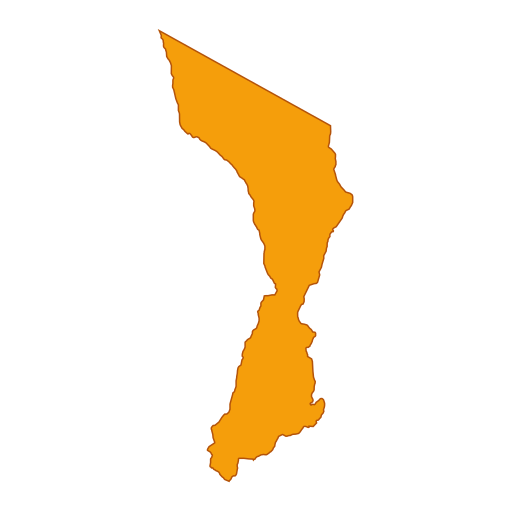 outline of Oreamuno, Cartago, Costa Rica
{"feature_id": "36466004B47119988095233", "entity_name": "Oreamuno", "entity_type": "district", "adm_level": 2, "iso_a3": "CRI", "parent_name": "Costa Rica", "parent_adm1": "Cartago", "projection": "robinson", "projection_center": [-83.868, 9.997], "detail": "fine", "context": "isolated", "style": "filled", "palette": "amber", "viewbox_px": 512, "rotation_deg": 0, "n_neighbors": 0, "source": "geoboundaries", "source_scale": "gbopen_adm2", "svg_char_len": 6101}
<svg xmlns="http://www.w3.org/2000/svg" viewBox="0 0 512 512"><path d="M330.5,125.7L159.3,30.7L161.3,35.4L161.1,37.8L162.6,39.2L163.2,40.4L163.3,42.2L163.6,43.0L163.5,46.1L163.8,47.1L164.2,47.7L165.5,49.0L165.9,50.7L166.4,52.1L166.7,56.5L168.0,58.8L169.6,60.7L169.6,61.1L170.4,62.5L171.4,65.6L171.3,73.6L172.3,75.6L173.4,76.9L173.6,77.4L173.6,78.3L173.0,79.7L172.9,80.7L172.9,83.5L172.6,85.3L172.6,87.2L173.8,89.8L175.8,98.6L177.4,102.9L178.4,104.8L178.4,110.5L179.3,112.9L179.5,114.1L179.6,121.9L180.1,124.5L180.5,125.5L182.1,128.4L183.7,129.7L184.9,131.3L187.4,133.6L188.0,134.0L188.8,133.4L189.6,133.4L190.1,133.7L191.8,135.8L192.1,136.5L192.6,137.1L193.4,137.5L194.1,137.5L196.1,136.8L197.0,136.8L198.5,137.5L199.1,137.9L199.8,139.3L200.9,140.3L202.1,141.0L204.1,141.7L204.3,142.0L204.7,142.0L206.3,143.1L209.5,146.5L210.7,148.2L211.6,148.8L215.4,150.6L217.4,152.0L220.2,155.1L222.0,156.5L224.1,159.3L224.9,159.8L226.5,160.0L227.4,160.6L229.5,162.3L230.4,163.5L231.9,164.7L232.5,165.6L234.3,167.8L235.4,168.9L236.8,170.9L237.0,171.8L239.6,176.6L242.7,178.6L243.3,179.2L244.4,179.7L244.7,180.8L245.0,181.0L246.3,183.5L246.9,184.2L247.2,185.1L247.4,185.3L247.7,186.0L248.1,188.5L248.2,190.8L248.5,192.1L248.7,192.6L248.7,193.3L249.2,194.1L249.9,194.8L251.2,197.1L253.4,199.8L254.0,201.3L253.7,202.8L253.7,205.8L254.7,208.8L254.9,210.6L254.8,211.2L253.6,213.3L253.3,214.5L253.3,220.4L253.6,221.8L254.8,224.4L255.0,224.5L255.9,226.1L256.2,226.3L257.5,229.0L257.8,229.4L259.1,230.3L259.8,233.6L259.8,234.6L260.7,238.3L261.2,239.7L263.5,242.9L264.3,244.5L264.9,246.2L264.9,249.5L264.6,250.0L264.6,250.7L264.3,251.2L264.3,252.2L264.0,253.4L263.8,263.5L264.9,265.9L265.1,267.1L267.4,273.0L268.2,274.6L269.8,276.3L270.7,278.0L272.5,279.3L272.8,280.1L273.3,280.7L273.3,281.1L273.7,281.7L274.2,283.0L274.8,283.6L275.5,283.8L275.6,284.6L275.3,287.3L276.0,288.5L276.8,289.1L277.1,290.8L274.8,294.9L271.9,294.9L268.0,295.7L265.7,295.7L264.3,295.9L263.5,299.8L261.2,302.4L260.9,303.4L260.9,306.0L260.0,307.4L259.0,310.4L257.9,311.1L257.7,311.7L258.0,313.0L258.4,313.8L258.2,314.5L259.1,318.1L259.1,320.8L258.3,323.5L257.2,325.9L256.7,327.8L256.0,328.6L253.7,329.9L252.9,330.7L252.4,331.8L252.4,333.4L252.2,334.0L251.3,335.8L250.5,337.8L247.4,339.7L246.6,340.8L245.3,341.9L245.1,342.4L245.1,347.2L244.2,349.4L243.0,351.4L242.3,354.1L242.2,356.1L243.2,357.3L243.2,357.8L242.7,359.0L242.0,359.8L241.0,365.0L238.8,366.6L238.0,368.0L237.5,370.6L237.3,373.4L236.7,376.8L236.7,377.7L236.1,380.8L236.1,386.3L235.6,387.9L234.9,389.7L234.6,391.3L234.2,391.9L233.0,392.8L232.8,393.5L232.6,394.6L230.2,403.3L230.0,404.3L230.0,409.3L229.6,410.2L229.1,411.8L227.7,413.3L226.8,414.0L225.6,414.2L225.0,414.0L223.7,415.1L221.8,417.5L219.0,422.0L215.0,425.3L213.1,425.5L211.8,427.0L211.3,427.9L211.3,429.1L211.8,430.1L211.8,430.7L212.8,434.5L213.1,437.7L214.4,441.3L214.7,442.3L214.7,442.9L209.1,446.6L207.8,448.8L207.4,450.0L207.6,450.4L210.1,451.9L211.1,453.1L211.5,454.1L212.3,454.9L212.3,455.5L211.7,457.4L210.7,458.7L210.6,459.2L210.6,462.6L210.0,465.8L210.1,466.6L211.1,467.3L211.5,467.9L212.7,467.9L213.9,469.4L215.3,470.1L216.2,470.8L217.4,471.2L218.8,472.1L219.6,473.4L219.9,474.4L222.2,476.9L223.5,477.8L224.2,478.9L224.8,479.5L229.1,481.3L229.4,480.5L230.2,480.0L231.1,478.8L231.8,477.0L233.4,475.8L235.0,475.9L235.8,475.2L236.5,473.9L237.3,469.1L237.6,468.1L237.2,466.2L237.2,464.6L237.9,463.1L238.4,460.4L238.5,458.7L239.0,458.3L243.8,458.3L249.0,458.9L253.0,459.1L253.4,460.0L253.7,459.6L255.0,459.1L255.6,458.0L256.5,457.1L257.2,456.6L258.6,456.2L260.9,454.9L263.2,454.5L264.1,454.5L264.9,454.7L266.4,454.7L266.9,454.5L269.2,452.9L269.7,452.3L270.8,451.7L272.7,449.7L273.4,447.9L274.7,446.3L274.9,444.7L275.5,442.3L276.5,440.8L277.1,439.4L277.7,438.6L278.6,436.4L282.4,434.5L283.1,434.7L285.8,436.2L286.9,436.2L288.7,435.6L290.6,435.4L291.5,434.8L292.8,434.3L295.7,434.1L298.4,433.5L298.9,433.2L300.1,431.9L301.7,429.5L302.8,428.2L303.4,427.0L304.1,426.4L305.5,426.4L306.5,426.7L308.1,427.4L308.9,427.3L309.0,426.2L313.2,426.5L316.6,422.9L316.2,421.9L316.2,420.9L316.7,420.4L318.2,420.1L318.7,419.7L319.6,418.5L320.8,417.4L321.5,414.8L323.0,413.2L323.8,411.4L323.5,409.7L324.4,406.8L324.6,405.2L324.6,403.3L324.2,401.9L323.5,399.8L322.7,399.0L321.9,398.5L320.6,398.6L320.0,399.0L318.7,400.5L316.1,402.4L315.3,403.9L314.5,404.6L312.1,404.3L311.6,404.9L310.8,404.9L310.2,404.0L310.2,403.5L310.5,403.1L312.5,401.9L313.0,400.7L313.0,399.9L312.7,399.0L311.5,396.7L311.5,395.0L311.7,394.0L312.1,393.1L313.6,391.1L314.1,389.8L314.2,386.5L314.8,383.7L315.1,383.2L315.2,381.3L314.6,380.4L313.5,377.1L312.9,371.3L312.4,361.5L311.6,358.9L307.6,356.5L307.6,354.7L307.0,353.4L306.8,352.3L306.1,351.0L305.9,348.3L306.3,347.6L306.8,347.4L308.3,347.3L308.8,346.8L309.8,346.3L310.0,345.4L311.3,343.4L312.2,341.3L312.6,339.5L313.2,338.5L313.3,337.9L313.7,337.3L315.1,336.4L315.6,335.7L315.6,333.2L315.0,332.3L312.6,331.9L311.9,330.5L311.0,329.3L309.8,328.4L308.7,327.1L307.5,325.4L306.7,324.9L304.3,324.2L301.4,323.7L300.8,323.3L299.1,320.9L298.4,319.2L298.3,318.2L297.7,316.9L297.6,313.8L297.7,312.0L300.9,305.3L301.8,304.3L303.0,304.1L303.9,302.1L304.1,301.5L304.2,298.9L303.8,296.6L309.3,285.3L314.0,283.7L316.3,283.4L317.5,282.4L319.7,274.9L319.0,271.9L321.4,267.3L322.0,264.4L323.8,258.4L323.7,255.7L326.1,251.2L326.5,248.0L327.1,246.6L327.2,242.8L327.9,241.3L328.0,239.7L328.8,237.9L329.9,236.6L329.8,234.9L330.0,234.1L331.7,231.8L332.9,231.8L333.3,231.4L333.4,230.8L332.7,229.9L332.7,229.1L333.9,227.9L336.2,226.7L341.9,218.5L342.3,217.8L342.8,216.0L343.6,214.4L344.9,212.6L345.4,211.3L346.2,210.5L349.1,209.1L350.6,206.5L351.3,205.7L352.7,202.4L352.7,196.9L352.5,195.8L352.0,194.7L350.9,193.9L350.0,193.3L345.9,192.1L345.2,191.5L344.1,190.1L340.9,186.7L339.5,184.1L337.7,181.9L336.9,180.4L335.6,175.5L335.5,174.6L333.7,169.2L334.3,167.9L335.2,166.7L335.4,165.6L335.9,164.7L335.9,161.5L335.3,158.7L335.5,156.3L335.5,154.3L334.8,153.1L331.6,149.4L331.0,148.8L328.9,147.5L328.4,146.9L328.4,146.1L329.4,142.4L329.7,135.7L330.5,133.9L330.6,132.9L330.7,131.7L330.5,125.7Z" fill="#f59e0b" stroke="#b45309" stroke-width="1.5"/></svg>